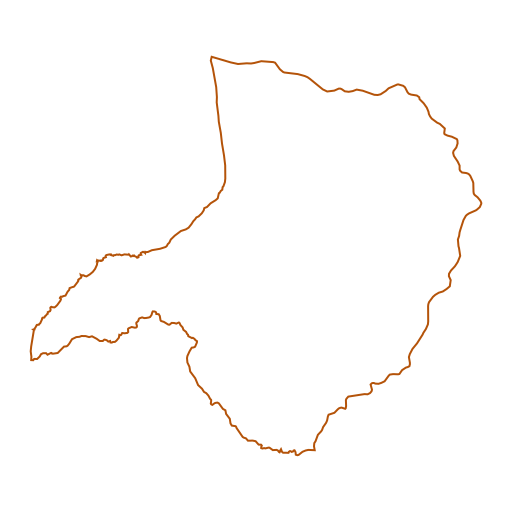 Atabae, Bobonaro, East Timor
{"feature_id": "22284137B39370724774054", "entity_name": "Atabae", "entity_type": "district", "adm_level": 2, "iso_a3": "TLS", "parent_name": "East Timor", "parent_adm1": "Bobonaro", "projection": "orthographic", "projection_center": [125.062, -8.829], "detail": "fine", "context": "isolated", "style": "outline", "palette": "amber", "viewbox_px": 512, "rotation_deg": 0, "n_neighbors": 0, "source": "geoboundaries", "source_scale": "gbopen_adm2", "svg_char_len": 5979}
<svg xmlns="http://www.w3.org/2000/svg" viewBox="0 0 512 512"><path d="M419.2,97.2L416.8,95.5L411.1,94.6L408.8,93.7L407.5,92.2L405.0,87.3L403.2,85.8L398.3,84.4L397.3,84.5L388.6,88.3L385.7,91.0L380.6,94.3L377.7,95.0L374.3,94.8L362.7,90.7L356.7,89.6L352.7,91.1L348.7,91.8L344.8,91.3L341.6,89.1L340.3,88.6L338.8,88.6L334.3,90.6L327.2,91.5L322.8,89.4L309.8,78.8L307.5,77.2L304.7,76.0L297.8,74.1L284.4,72.5L283.1,72.0L279.9,69.3L275.1,62.7L273.3,62.1L261.3,61.2L254.2,63.0L251.0,63.5L246.7,63.3L238.0,64.0L230.7,62.4L211.7,56.8L210.8,60.6L212.8,68.1L216.2,87.1L216.9,97.1L216.7,102.4L218.4,115.8L218.8,121.7L220.8,132.9L222.0,143.5L224.0,155.4L225.2,165.4L225.3,178.6L224.9,182.2L223.4,186.3L222.6,187.2L222.3,189.7L220.8,190.9L219.6,192.9L218.9,193.2L217.7,198.4L215.6,200.2L210.6,203.3L207.0,207.0L204.3,208.1L203.7,210.4L201.8,213.3L198.6,216.4L196.4,217.4L195.0,219.4L193.3,221.2L191.4,224.2L188.6,227.7L185.8,229.4L180.9,231.0L174.7,235.7L170.8,239.5L169.3,242.7L167.8,244.1L166.8,246.0L165.6,247.0L160.0,248.8L151.9,250.2L147.8,252.0L145.5,252.1L145.3,252.8L144.9,252.1L144.5,252.6L143.0,251.8L140.8,253.0L140.6,253.9L141.2,254.8L138.8,255.3L138.4,256.0L138.5,257.2L137.5,257.7L137.0,257.7L136.6,257.0L134.4,256.0L134.0,255.5L133.5,256.0L132.5,255.6L132.0,256.2L130.8,256.5L128.9,254.3L128.6,254.7L124.4,254.4L121.6,255.3L119.2,254.4L118.4,254.8L116.7,254.5L115.3,255.1L113.8,255.2L113.4,255.8L111.8,255.3L111.1,254.4L110.7,254.4L110.6,254.9L109.4,254.4L106.6,255.0L105.8,255.5L105.6,256.2L105.9,257.2L103.5,258.0L103.2,258.4L103.0,259.8L102.4,260.4L101.3,260.4L101.3,260.9L100.8,261.0L98.8,260.5L97.6,260.6L97.1,260.2L96.9,261.1L97.3,261.0L97.7,261.8L97.1,263.3L97.0,264.7L95.1,268.9L92.8,271.9L89.8,274.4L86.5,276.4L84.4,275.9L83.7,275.3L81.1,275.2L80.7,274.9L80.8,275.5L81.6,276.3L81.0,277.8L78.6,279.4L78.1,280.1L78.4,280.7L77.9,281.6L74.4,286.2L73.7,286.8L72.6,287.0L69.6,288.1L69.2,289.9L67.6,291.7L65.5,295.6L63.0,296.2L62.5,296.7L60.9,296.7L60.6,297.5L60.1,297.5L59.9,298.0L60.7,298.5L61.0,299.1L60.4,300.7L57.1,305.2L55.4,306.8L54.5,307.4L52.4,307.2L51.4,306.8L50.8,307.1L50.3,307.8L50.6,309.9L50.0,311.2L47.8,312.1L47.7,313.8L47.0,314.1L46.0,315.5L45.3,315.9L44.4,317.5L43.1,317.5L42.3,318.0L42.1,318.3L42.3,318.7L40.2,323.3L39.4,323.8L38.9,324.7L36.9,324.9L36.8,325.1L37.3,325.2L36.5,325.4L35.4,327.6L34.4,328.8L34.5,329.4L33.4,329.6L33.9,330.0L31.2,346.3L30.7,351.3L31.4,356.7L31.2,360.1L33.3,360.2L33.7,359.3L34.4,358.9L37.1,359.0L39.7,356.5L41.0,354.2L43.1,353.2L46.1,353.2L47.5,354.7L51.1,352.9L51.6,353.0L52.0,353.6L52.9,353.7L57.7,353.0L64.0,346.6L66.6,346.3L67.6,345.7L69.3,343.6L72.0,339.2L76.3,337.1L79.5,336.8L81.5,336.0L85.7,336.1L89.1,337.1L92.0,336.3L96.7,338.8L99.7,341.0L102.8,341.0L104.0,339.8L104.7,339.6L106.7,340.2L108.3,341.6L110.1,341.0L110.5,342.5L111.8,342.6L112.8,342.0L114.9,341.9L116.4,340.7L118.9,337.7L119.3,334.8L120.6,335.2L121.2,334.8L122.2,333.0L124.6,333.3L127.4,332.9L128.2,332.0L128.0,329.0L128.6,328.3L131.7,327.0L134.9,327.7L136.2,327.5L136.9,326.8L136.9,325.5L136.3,323.8L136.4,322.6L138.2,321.0L138.8,319.1L139.3,318.4L142.1,317.4L144.2,318.1L146.0,318.0L148.8,317.5L150.1,317.0L151.6,314.8L152.3,312.2L152.8,311.4L154.5,311.5L155.6,311.9L156.1,312.5L156.3,314.0L158.7,314.2L159.8,316.0L160.5,320.2L161.1,321.0L163.9,321.9L168.3,324.6L169.5,324.7L171.7,322.9L174.2,323.0L176.3,323.6L178.9,322.5L179.6,323.1L180.4,325.0L182.6,327.4L183.4,329.8L186.1,331.9L187.1,334.0L188.0,334.7L188.3,336.2L192.0,338.1L192.8,337.8L194.5,338.9L195.4,340.1L197.0,341.2L196.9,342.5L195.1,346.7L193.7,347.4L191.7,347.7L189.5,351.4L187.4,356.0L187.0,358.1L187.4,362.5L189.4,366.7L190.2,371.5L195.2,378.2L198.1,385.1L202.0,388.7L204.0,391.9L206.3,393.2L208.4,395.6L210.1,398.8L211.1,399.8L211.2,400.7L210.8,403.6L211.2,404.3L212.3,404.9L214.6,403.2L215.9,402.8L217.5,402.6L218.9,403.4L222.9,408.9L225.4,410.3L226.1,413.9L229.8,418.8L230.5,423.4L231.8,425.6L235.6,426.2L236.1,426.8L236.6,428.1L242.7,437.0L243.9,437.7L245.9,438.3L248.0,440.7L252.7,440.6L255.6,441.2L258.6,444.6L261.1,444.7L261.8,445.6L261.2,447.1L261.2,448.1L262.4,448.5L264.1,448.1L265.4,448.4L268.6,447.6L269.5,447.7L272.8,450.1L276.7,449.9L278.0,450.6L278.9,451.9L279.6,452.3L280.1,451.4L280.2,450.5L281.0,449.2L282.0,451.8L283.0,452.7L288.5,452.8L288.9,451.8L289.9,451.1L290.7,451.2L291.6,451.9L293.0,451.5L293.6,450.5L294.5,450.3L295.5,452.1L295.8,454.7L297.4,455.2L298.6,454.9L302.5,451.8L305.6,450.5L308.3,449.9L314.7,450.2L314.0,446.3L314.3,443.1L315.5,441.3L317.9,434.8L321.2,431.3L322.1,429.9L323.1,427.1L326.1,422.8L327.1,420.5L327.9,416.4L328.6,414.7L334.4,412.8L337.8,409.3L339.0,408.3L340.3,407.8L341.6,407.6L345.2,408.8L345.7,408.3L346.1,406.1L345.9,400.1L346.4,398.8L348.3,396.6L364.5,394.1L367.6,394.3L370.0,393.1L371.5,391.4L372.0,389.7L370.6,384.5L371.8,383.3L372.8,383.0L373.9,383.0L375.3,383.6L378.5,383.8L381.3,382.9L384.6,381.3L388.7,375.7L389.8,374.6L393.1,374.1L398.1,374.3L399.4,374.0L402.1,370.1L405.9,367.6L407.9,367.0L409.4,366.2L409.9,364.3L409.9,362.8L408.9,357.1L409.8,354.1L412.5,348.9L417.0,343.4L422.6,334.6L423.4,332.8L425.9,329.0L427.9,324.4L428.2,321.5L428.1,306.2L428.3,304.3L429.0,302.2L433.0,296.8L435.3,294.8L438.8,292.7L442.8,291.5L446.6,289.0L449.8,286.3L450.7,280.1L448.9,276.2L449.0,273.8L451.0,270.5L454.9,266.3L456.3,264.2L457.7,262.0L460.2,255.9L459.0,248.0L458.5,246.3L457.9,239.5L459.1,236.0L459.6,232.3L460.4,229.6L463.5,220.0L465.8,215.9L466.9,214.8L469.0,213.4L475.8,210.4L477.1,209.5L479.8,207.1L481.3,203.7L481.2,202.5L480.3,200.6L477.6,197.3L474.7,195.0L473.8,193.7L473.5,191.8L473.3,183.0L472.8,181.3L470.3,175.9L469.1,174.4L467.7,173.5L466.0,173.0L462.0,172.5L460.1,170.7L459.6,169.4L459.6,165.6L457.7,161.6L453.9,155.9L453.1,152.9L453.5,151.1L456.3,147.5L457.6,143.4L457.4,140.3L456.8,139.1L451.8,136.7L447.5,135.6L444.6,134.2L444.2,133.1L444.8,128.5L439.8,123.9L437.2,122.7L431.7,118.6L430.1,116.4L428.9,114.0L428.5,111.8L426.8,107.7L423.7,103.3L419.6,99.2L419.2,97.2Z" fill="none" stroke="#b45309" stroke-width="2"/></svg>